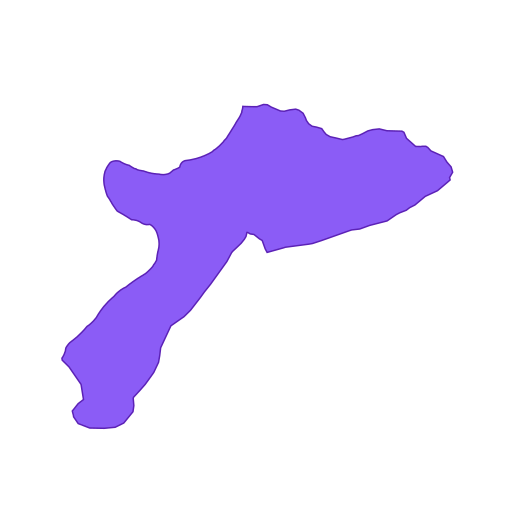 outline of Zarqa, Dumyat, Egypt, rotated 352°
{"feature_id": "37247803B96389835129643", "entity_name": "Zarqa", "entity_type": "district", "adm_level": 2, "iso_a3": "EGY", "parent_name": "Egypt", "parent_adm1": "Dumyat", "projection": "equal_earth", "projection_center": [31.647, 31.209], "detail": "fine", "context": "isolated", "style": "filled", "palette": "violet", "viewbox_px": 512, "rotation_deg": 352, "n_neighbors": 0, "source": "geoboundaries", "source_scale": "gbopen_adm2", "svg_char_len": 6093}
<svg xmlns="http://www.w3.org/2000/svg" viewBox="0 0 512 512"><g transform="rotate(352 256 256)"><path d="M81.7,405.5L92.7,406.0L101.8,403.0L112.5,393.1L114.2,387.2L114.6,379.9L115.0,378.9L122.7,372.6L128.4,367.7L135.9,359.9L138.6,357.0L144.7,347.7L146.7,341.5L148.8,333.6L162.0,313.3L172.4,308.0L176.2,306.1L183.6,300.6L194.8,289.7L200.0,284.3L207.0,277.7L226.4,257.4L232.3,249.3L233.6,248.1L238.4,244.7L243.1,241.3L246.8,237.8L248.8,235.3L250.3,231.4L251.2,231.6L253.3,233.3L257.0,234.4L261.8,239.5L264.3,241.5L266.1,250.2L267.5,254.0L284.7,251.7L286.2,251.4L308.5,251.6L310.2,251.6L313.6,251.5L322.6,249.9L352.1,243.9L354.4,243.5L362.5,243.7L372.9,241.5L390.7,239.5L400.7,234.5L404.4,233.2L411.2,231.6L414.9,229.5L420.5,227.6L431.9,220.5L444.8,216.6L455.6,209.8L458.8,207.7L458.6,205.3L462.4,200.4L461.6,194.9L458.1,189.5L455.5,183.6L443.9,176.3L441.2,172.4L439.5,171.0L436.0,170.5L434.2,170.5L429.3,169.7L421.4,160.4L419.7,154.1L417.9,152.7L403.1,150.2L395.8,147.3L389.1,147.1L384.1,147.7L378.6,149.7L374.3,151.0L371.8,150.9L368.7,151.6L359.5,152.7L357.7,152.7L352.2,150.5L346.0,148.2L342.4,145.4L340.6,142.5L338.8,139.0L333.9,136.8L329.6,135.3L326.6,132.4L324.8,128.9L324.2,126.1L322.5,121.2L318.8,117.6L315.8,116.1L309.6,116.0L304.1,116.6L300.4,115.8L291.9,110.7L288.3,107.8L284.6,107.0L277.8,108.3L272.3,107.5L265.2,106.3L263.8,106.0L263.6,106.7L263.4,107.6L263.1,108.4L262.8,109.2L262.4,110.0L262.1,110.7L262.0,111.6L261.5,112.4L260.6,113.8L260.2,114.5L259.6,115.4L258.5,116.8L254.8,121.1L254.1,122.1L252.1,124.6L249.8,127.3L247.4,130.2L244.9,133.1L243.2,135.2L242.1,136.1L240.5,137.3L239.7,138.3L238.8,139.0L237.9,139.7L237.0,140.4L236.1,141.1L235.2,141.8L234.3,142.4L233.3,143.0L232.4,143.6L231.4,144.2L230.4,144.8L229.4,145.1L227.5,146.4L226.5,147.0L225.5,147.3L224.6,147.7L223.3,148.2L222.1,148.5L221.0,148.9L219.8,149.2L218.6,149.6L217.5,149.8L216.3,150.1L215.1,150.4L213.9,150.6L212.7,150.8L211.5,151.0L210.3,151.2L209.1,151.3L207.9,151.4L206.7,151.5L205.5,151.6L204.3,151.7L203.1,151.7L201.9,151.7L200.5,151.7L199.7,151.7L198.9,151.7L198.2,151.9L197.5,152.1L196.8,152.4L196.1,152.8L195.6,153.2L194.9,153.8L194.4,154.4L193.9,155.1L193.5,155.8L193.2,156.5L192.9,157.3L192.4,157.6L191.6,157.9L190.9,158.2L190.2,158.4L189.4,158.6L188.7,158.8L188.0,159.0L187.2,159.2L186.3,159.3L184.6,160.4L182.8,161.5L182.0,162.0L181.4,162.1L180.8,162.3L180.3,162.4L179.7,162.5L179.1,162.5L178.5,162.6L177.9,162.6L177.3,162.6L176.7,162.6L176.1,162.6L175.5,162.5L174.9,162.4L174.4,162.3L173.8,162.2L173.2,162.0L172.6,161.9L172.1,161.7L171.4,161.4L170.8,161.3L169.8,161.1L168.8,160.9L167.8,160.6L166.8,160.4L165.9,160.1L164.9,159.8L163.9,159.5L163.0,159.1L162.0,158.8L161.1,158.4L160.1,158.0L159.2,157.5L158.3,157.1L157.3,156.6L156.3,156.1L154.8,155.7L154.1,155.4L153.4,155.2L152.7,155.0L152.0,154.7L151.3,154.4L150.6,154.1L150.0,153.7L149.4,153.1L148.7,152.8L147.4,152.3L146.8,151.7L146.2,151.3L145.6,150.8L145.0,150.3L144.4,149.8L143.8,149.3L143.3,148.7L142.6,148.4L141.9,148.1L141.2,147.8L140.5,147.5L139.8,147.1L139.1,146.7L138.4,146.3L137.8,145.9L137.1,145.4L136.5,145.0L135.8,144.5L135.2,144.0L134.4,143.3L133.4,142.9L132.4,142.6L131.4,142.4L130.4,142.2L129.4,142.2L128.4,142.2L127.4,142.3L126.4,142.5L125.5,142.8L124.7,143.2L123.6,144.2L122.9,145.0L122.3,145.6L121.8,146.2L121.2,146.9L120.7,147.5L120.2,148.2L119.8,148.9L119.3,149.6L118.8,150.3L118.4,151.0L118.0,151.8L117.8,152.5L117.5,153.2L117.1,154.2L116.7,155.6L116.3,157.1L116.0,158.6L115.8,160.0L115.7,161.5L115.6,163.0L115.6,164.5L115.7,165.6L115.8,166.8L115.9,167.9L116.0,169.1L116.2,170.2L116.3,171.4L116.5,172.6L116.7,173.7L116.9,174.8L117.3,176.4L117.9,177.4L119.0,179.7L119.6,181.3L120.2,182.6L120.7,184.0L121.3,185.3L121.9,186.6L122.6,187.9L123.2,189.2L123.9,190.5L124.7,192.0L125.8,193.0L127.3,194.1L128.7,195.2L130.2,196.3L131.6,197.5L133.0,198.6L134.4,199.8L135.8,201.0L137.2,202.2L137.9,202.8L138.5,202.9L139.1,203.0L139.7,203.1L140.3,203.3L140.8,203.5L141.7,203.8L142.8,204.2L143.9,204.8L144.9,205.4L145.9,206.1L146.9,207.0L147.7,207.7L148.5,208.2L149.3,208.7L150.2,209.1L151.0,209.4L151.9,209.7L152.8,209.8L153.5,209.9L154.2,209.9L155.2,209.9L156.1,210.6L156.9,211.3L157.6,212.1L158.3,213.0L158.9,213.9L159.5,214.9L160.0,215.9L160.5,217.0L160.8,218.1L161.1,219.2L161.3,220.4L161.5,221.5L161.6,222.5L161.7,223.4L161.8,224.4L161.9,225.8L162.0,227.1L161.9,228.5L161.8,229.9L161.6,231.3L161.3,232.6L161.1,233.6L160.8,234.5L160.3,235.8L159.9,237.0L159.4,238.1L159.0,239.3L158.6,240.5L158.2,241.7L157.9,242.9L157.5,244.2L157.2,245.4L156.9,246.5L156.2,247.3L155.6,248.1L155.0,248.9L154.3,249.6L153.6,250.3L153.0,251.0L152.4,251.9L151.6,252.6L150.9,253.2L150.3,253.7L149.4,254.4L147.9,255.5L147.1,256.1L145.5,257.2L143.9,258.2L143.0,258.5L142.2,258.9L141.4,259.3L139.4,260.1L138.7,260.4L137.3,261.1L135.8,261.7L134.4,262.4L133.0,263.1L131.6,263.8L130.2,264.5L128.8,265.3L127.4,266.0L126.0,266.8L123.0,268.6L121.9,269.0L121.1,269.2L120.3,269.5L119.6,269.8L118.9,270.1L118.1,270.5L117.5,270.7L116.7,271.2L116.0,271.6L115.3,272.0L114.6,272.4L113.9,272.9L113.2,273.3L112.6,273.8L111.9,274.3L111.3,274.9L110.6,275.4L109.8,276.2L108.7,276.9L107.6,277.6L106.6,278.3L105.6,279.0L104.6,279.7L103.6,280.4L102.6,281.2L101.7,282.0L100.7,282.8L99.8,283.6L98.8,284.4L97.9,285.2L97.0,286.1L96.1,287.0L95.2,287.9L94.3,288.8L93.7,289.5L92.6,290.7L91.8,291.6L91.0,292.6L89.4,294.6L88.6,295.4L87.9,296.0L87.2,296.6L86.6,297.2L85.9,297.8L85.2,298.3L84.4,298.9L83.7,299.4L83.0,299.9L82.2,300.4L81.5,300.9L80.7,301.3L79.9,301.7L78.9,302.2L78.2,302.8L77.1,303.8L76.1,304.7L74.9,305.7L74.0,306.4L72.9,307.3L71.8,308.1L70.7,308.9L69.6,309.7L68.5,310.5L67.4,311.3L66.2,312.0L65.1,312.7L63.9,313.4L62.6,314.2L61.4,314.8L60.8,315.2L60.3,315.5L59.7,315.8L59.2,316.2L58.7,316.6L58.2,317.0L57.5,317.7L56.6,318.6L55.7,319.6L55.0,320.5L54.6,321.5L54.2,322.8L53.9,323.9L53.4,324.6L52.8,325.8L52.2,326.9L51.6,327.7L51.2,328.3L50.7,329.0L50.2,329.5L49.6,330.2L49.6,332.2L55.4,339.8L56.5,342.0L64.9,358.8L65.2,374.1L59.4,377.4L53.2,383.3L52.5,383.9L53.0,388.3L53.0,389.9L56.6,397.2L67.4,403.2L81.7,405.5Z" fill="#8b5cf6" stroke="#5b21b6" stroke-width="1.5"/></g></svg>